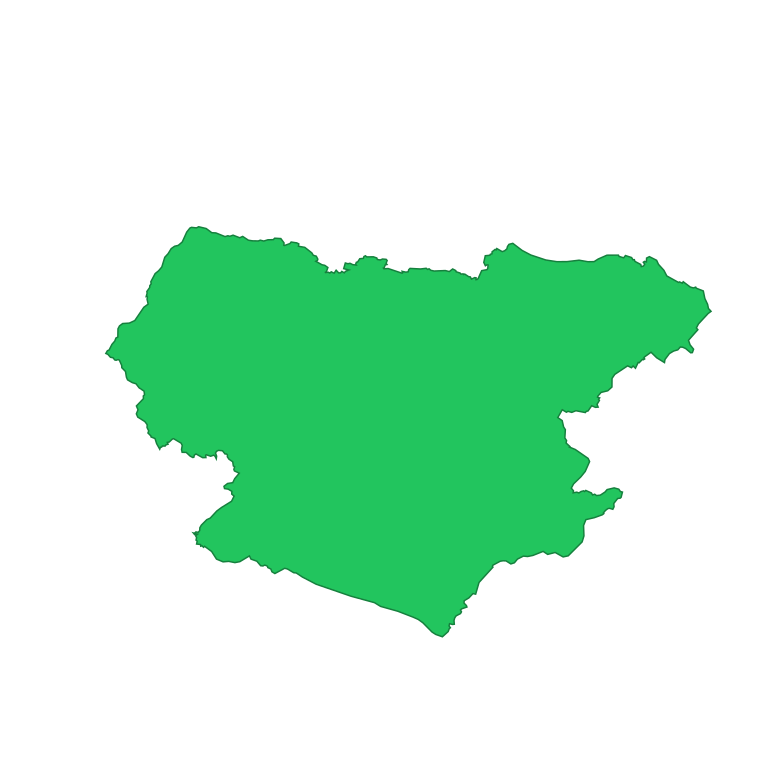 outline of Magetan, Jawa Timur, Indonesia, rotated 26°
{"feature_id": "22746128B43524249433579", "entity_name": "Magetan", "entity_type": "district", "adm_level": 2, "iso_a3": "IDN", "parent_name": "Indonesia", "parent_adm1": "Jawa Timur", "projection": "mercator", "projection_center": [111.326, -7.653], "detail": "fine", "context": "isolated", "style": "filled", "palette": "green", "viewbox_px": 768, "rotation_deg": 26, "n_neighbors": 0, "source": "geoboundaries", "source_scale": "gbopen_adm2", "svg_char_len": 6170}
<svg xmlns="http://www.w3.org/2000/svg" viewBox="0 0 768 768"><g transform="rotate(26 384 384)"><path d="M120.6,478.5L122.8,478.4L126.4,479.9L129.0,479.2L131.4,480.4L132.8,480.1L134.3,478.6L135.7,478.6L140.1,482.3L141.2,484.3L146.2,486.1L149.5,490.8L151.7,492.7L157.2,493.1L161.0,492.5L165.6,494.8L171.5,495.6L173.5,498.7L172.9,500.3L174.2,502.6L171.1,512.3L174.2,515.0L174.5,519.4L177.2,521.7L185.5,522.6L189.0,524.4L190.1,527.0L193.1,529.3L193.3,531.5L197.3,532.9L197.8,533.7L202.1,533.4L205.8,537.3L211.0,540.9L210.8,538.9L211.8,538.2L212.0,536.9L214.5,535.7L214.7,534.3L216.3,532.8L214.8,531.5L216.4,530.3L217.9,526.3L218.9,525.4L227.6,526.1L229.6,527.7L230.7,531.6L232.5,533.9L236.2,532.2L241.4,533.8L244.4,533.9L245.2,533.2L244.7,531.1L245.7,529.3L253.3,529.7L256.2,528.2L254.9,526.2L255.3,525.5L259.9,524.9L262.1,522.6L263.8,523.0L266.0,524.7L265.2,522.2L262.8,519.9L263.0,517.9L264.3,516.2L268.1,514.8L271.8,516.6L273.1,515.9L274.3,516.3L275.1,518.1L277.7,519.6L282.1,520.2L284.5,523.7L286.0,523.8L286.5,526.6L287.7,527.7L293.0,527.6L291.3,534.5L291.3,539.0L287.0,542.0L285.0,546.1L286.5,547.9L290.1,546.8L294.3,547.2L295.4,549.7L298.4,550.5L298.4,556.2L292.1,566.2L289.4,571.4L286.6,580.7L284.2,583.6L281.7,590.9L281.5,593.9L282.6,596.5L282.1,598.7L279.8,599.4L279.0,601.3L278.0,601.5L279.7,602.3L280.6,601.1L282.3,600.7L281.2,603.0L282.9,604.2L283.5,606.7L285.0,607.1L285.7,610.0L289.5,608.7L290.4,610.1L291.4,609.2L293.4,609.9L293.9,608.5L302.5,610.1L310.2,614.8L317.3,614.4L322.2,611.5L328.3,609.9L332.3,606.9L338.4,597.5L341.2,599.7L347.4,599.0L352.8,601.4L355.0,600.6L356.1,599.1L357.9,598.8L359.3,599.0L360.0,599.9L363.4,599.9L365.6,601.9L369.0,602.2L375.5,593.2L378.2,592.6L385.6,593.2L387.9,592.3L395.4,593.3L410.9,593.7L447.4,589.2L471.3,584.7L478.4,585.4L496.0,582.2L512.4,580.8L518.0,580.6L523.7,581.6L535.9,585.9L540.3,586.4L547.3,585.6L550.2,578.4L549.9,575.2L550.5,574.0L548.5,572.9L548.0,570.7L551.0,570.1L552.5,569.1L550.6,565.9L550.1,563.1L550.5,560.7L553.4,556.8L553.5,554.8L551.8,553.6L552.4,552.0L556.3,548.1L555.2,547.0L551.9,545.8L551.1,543.6L554.1,539.0L555.8,533.4L558.5,532.7L556.4,520.7L562.2,500.9L561.4,500.4L561.3,499.1L566.2,492.3L568.5,490.7L571.2,489.5L576.9,490.1L579.6,487.5L580.7,482.9L584.7,477.6L588.7,476.1L593.0,472.8L600.4,464.7L605.8,465.4L611.7,460.4L620.8,460.9L624.9,457.7L631.3,439.1L630.3,432.9L625.4,423.7L624.9,417.4L631.7,411.9L637.6,405.8L638.4,404.1L637.7,403.6L638.5,400.6L639.8,397.9L641.1,396.9L644.6,396.3L644.6,393.5L642.9,390.7L644.2,384.5L646.4,383.0L646.8,381.9L645.7,376.6L643.6,377.0L641.1,375.6L636.4,376.5L630.8,381.1L630.0,384.2L627.1,389.1L623.9,391.1L621.7,390.7L620.1,392.3L618.2,391.0L612.0,391.2L611.4,392.7L610.3,392.5L608.3,394.2L606.9,396.5L604.7,396.7L601.7,398.9L601.1,396.9L598.0,395.5L598.2,390.6L601.6,381.3L603.2,374.4L602.8,363.6L600.1,361.4L584.6,359.0L578.3,359.4L578.5,358.7L573.5,357.2L572.9,354.8L570.2,353.2L567.0,345.5L564.3,343.9L560.2,338.8L554.9,338.0L555.5,329.0L560.3,329.4L561.4,327.9L565.2,327.2L568.2,323.9L577.5,321.4L577.8,319.9L579.2,318.8L580.2,312.5L584.3,312.3L586.6,310.9L584.4,308.9L584.8,304.3L583.5,303.6L583.9,302.0L581.7,302.3L581.5,301.3L582.8,296.4L588.1,292.0L590.2,286.8L586.5,279.0L587.2,274.2L595.0,260.9L599.3,260.9L600.0,258.6L603.1,259.6L603.0,253.2L604.0,253.1L605.5,248.6L606.5,248.5L607.3,247.2L606.1,246.7L606.4,245.2L610.1,238.4L617.6,240.9L626.7,241.8L625.8,238.8L627.2,231.5L629.9,227.4L633.1,224.5L634.1,220.9L636.3,220.0L639.6,219.9L646.0,221.5L647.4,220.6L647.0,217.0L641.9,214.6L638.5,211.2L642.3,197.6L640.2,196.7L640.3,192.2L644.4,178.6L646.1,175.3L642.5,173.9L639.9,170.5L634.9,166.5L630.2,160.4L622.7,161.0L621.7,160.3L620.0,162.0L616.8,162.6L608.1,160.9L607.9,162.6L604.9,162.7L604.1,163.6L590.8,162.9L585.7,159.1L578.2,156.1L574.8,153.3L566.7,153.2L564.8,155.7L566.3,159.2L564.4,159.6L563.7,160.9L565.8,162.0L565.5,164.3L563.8,165.7L562.4,164.0L555.8,163.8L554.5,162.5L553.3,163.2L551.1,161.8L544.7,162.7L544.1,165.5L539.4,166.3L538.2,165.4L527.9,170.5L521.7,177.8L519.2,181.9L513.7,184.7L505.1,187.2L494.8,193.8L485.7,198.3L475.1,201.6L459.4,203.7L449.6,203.4L438.1,201.1L435.1,203.7L434.7,206.3L435.2,208.7L434.0,211.4L432.2,213.2L426.0,212.8L426.0,214.3L424.9,214.3L423.2,217.8L424.0,219.6L422.7,220.8L422.7,221.9L418.8,224.3L420.4,231.0L423.3,233.3L424.3,231.7L425.4,231.4L426.6,234.7L426.4,236.1L422.1,239.3L422.4,248.0L421.8,249.3L420.9,249.9L420.2,248.2L418.9,248.6L416.6,251.4L414.7,249.9L412.9,250.4L408.4,249.8L407.7,250.7L406.9,250.3L405.0,251.5L403.8,250.9L399.6,251.5L398.8,250.6L395.3,250.5L393.4,254.3L389.3,255.2L379.5,260.5L376.2,261.3L374.0,260.7L373.0,261.9L371.2,261.5L366.4,264.6L356.7,268.7L356.1,270.5L356.6,272.5L354.6,273.9L350.9,274.8L352.0,275.8L351.7,276.5L337.1,278.4L333.4,280.5L332.7,280.1L333.2,279.6L332.9,276.4L334.3,275.3L333.0,274.7L332.7,271.6L331.3,271.0L327.9,272.3L326.2,274.2L323.4,275.0L322.3,273.9L318.8,274.3L312.8,277.3L311.1,276.9L310.1,278.2L310.4,280.1L307.3,282.0L306.8,285.9L305.8,286.7L306.0,288.9L306.8,289.3L303.6,290.4L300.5,290.4L298.9,291.7L296.2,292.2L297.2,298.0L302.5,296.9L300.0,299.6L299.6,301.5L296.7,301.3L296.3,303.1L294.5,304.0L291.1,302.7L290.6,306.3L287.4,306.3L286.7,308.0L284.9,308.0L282.0,309.8L283.0,308.4L282.5,303.9L278.7,303.3L276.0,304.0L268.9,303.6L270.0,302.0L269.8,300.8L267.1,298.8L264.0,299.3L261.7,297.8L252.9,295.9L246.7,297.7L246.0,295.4L243.7,295.4L238.3,297.1L237.9,299.0L233.8,303.2L233.2,303.3L232.3,301.0L227.5,298.5L221.8,300.9L221.2,302.8L216.4,305.3L213.3,308.2L209.7,309.0L208.4,310.5L203.0,313.0L199.1,314.2L192.3,313.3L190.2,315.8L183.1,316.4L180.7,318.8L178.7,319.2L176.5,321.2L166.7,321.9L162.9,323.5L156.0,322.2L148.5,323.9L147.0,325.9L142.3,327.6L141.2,328.9L140.1,333.9L140.4,344.8L138.3,349.6L135.4,352.0L133.4,355.6L132.8,361.6L131.4,366.2L133.0,376.2L131.8,381.0L129.9,385.1L129.6,394.3L130.8,396.0L130.4,398.3L131.1,400.0L130.3,404.8L131.3,406.3L131.9,409.6L132.6,409.0L133.2,409.5L133.9,411.7L137.0,415.6L134.5,420.3L132.2,436.2L128.4,440.9L122.6,444.2L120.8,447.7L120.7,451.0L124.2,458.5L122.9,460.2L123.2,463.4L122.1,467.6L122.0,473.9L120.8,475.4L120.6,478.5Z" fill="#22c55e" stroke="#15803d" stroke-width="1.5"/></g></svg>